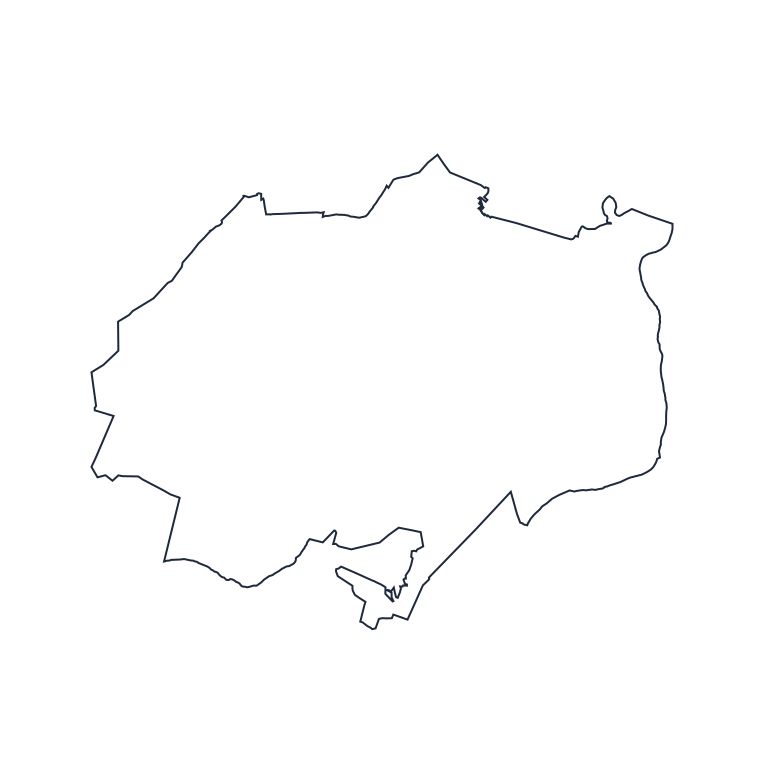 the district of San Fernando, Chiapas, Mexico, rotated 105°
{"feature_id": "50627088B48755105590570", "entity_name": "San Fernando", "entity_type": "district", "adm_level": 2, "iso_a3": "MEX", "parent_name": "Mexico", "parent_adm1": "Chiapas", "projection": "mercator", "projection_center": [-93.215, 16.914], "detail": "fine", "context": "isolated", "style": "outline", "palette": "slate", "viewbox_px": 768, "rotation_deg": 105, "n_neighbors": 0, "source": "geoboundaries", "source_scale": "gbopen_adm2", "svg_char_len": 6153}
<svg xmlns="http://www.w3.org/2000/svg" viewBox="0 0 768 768"><g transform="rotate(105 384 384)"><path d="M612.4,550.5L611.7,549.3L611.1,548.5L610.0,545.4L609.0,544.1L606.3,535.5L605.0,532.3L604.7,530.5L604.5,525.2L604.0,522.6L604.3,521.1L604.2,518.6L604.9,516.8L606.0,507.5L606.8,504.9L607.9,503.1L608.3,501.0L609.0,499.4L609.1,497.0L609.3,495.9L610.7,494.1L611.8,492.2L612.4,490.5L612.4,488.3L614.0,485.6L613.5,483.2L612.2,482.0L612.0,480.2L612.4,477.9L613.4,475.7L613.6,473.7L614.0,472.1L616.0,469.3L616.2,467.5L615.8,465.9L615.8,463.6L614.5,461.1L612.5,457.9L611.8,454.9L607.4,451.2L604.1,449.3L599.4,445.3L597.4,442.2L595.3,440.5L591.9,437.1L589.0,434.8L585.5,431.0L584.4,428.4L582.9,426.9L581.1,425.0L578.8,423.8L576.9,423.6L575.8,423.9L574.6,424.0L573.1,422.7L570.9,421.1L569.1,420.5L567.4,420.1L562.8,418.3L561.6,418.2L559.4,417.3L556.3,417.1L553.1,415.7L552.8,402.1L538.4,394.2L538.4,393.1L540.1,391.6L551.7,391.7L550.9,389.2L552.5,385.7L552.2,372.8L538.3,347.2L528.7,340.5L519.0,332.6L518.1,319.7L517.6,310.2L530.7,304.1L535.4,309.2L537.3,309.6L537.3,311.7L538.3,313.9L543.9,313.0L544.9,311.2L551.4,311.0L557.3,311.4L563.3,313.5L566.3,312.5L566.6,313.7L567.0,313.9L567.6,314.5L568.1,314.5L570.4,312.8L571.4,312.2L571.8,311.3L571.6,310.0L571.7,309.9L572.3,309.9L572.9,309.7L573.6,313.3L574.9,313.7L575.3,316.0L577.5,314.6L578.7,314.8L581.1,314.7L587.0,315.4L586.8,317.1L582.9,319.4L578.1,321.8L581.9,323.3L582.4,324.1L581.9,325.8L582.2,328.2L583.6,322.7L588.1,321.4L591.3,318.7L591.8,319.4L586.3,328.4L582.9,329.2L579.9,330.0L578.4,335.0L577.4,340.9L576.9,342.6L576.9,344.0L574.0,361.7L571.5,378.2L573.9,380.0L575.3,382.3L577.5,381.8L581.6,378.9L587.1,362.2L589.9,361.5L591.8,360.6L595.2,357.6L597.6,350.8L599.2,345.5L602.7,345.7L619.7,345.4L619.8,342.9L622.1,337.5L622.9,333.9L623.8,331.9L622.2,328.9L612.2,328.1L610.7,325.3L609.7,320.8L608.2,315.8L604.3,315.3L605.5,300.3L568.4,294.3L562.2,290.5L560.6,289.8L559.3,290.5L501.1,258.0L455.3,233.6L475.0,222.0L482.7,216.5L482.7,214.1L483.3,213.4L483.5,211.9L483.4,209.1L481.3,208.9L476.2,207.4L471.4,205.2L468.5,203.4L465.1,201.2L461.2,199.5L457.3,196.0L451.5,192.1L446.0,186.3L438.8,177.2L438.6,172.3L437.4,170.2L435.3,165.3L434.8,163.9L434.5,161.7L434.1,160.5L433.2,158.7L432.9,157.6L432.1,156.1L431.6,152.5L431.4,152.0L430.3,150.1L428.4,145.9L427.4,144.8L426.4,144.4L426.1,143.8L425.4,142.2L423.2,139.3L422.2,137.5L417.6,130.4L412.1,123.9L410.3,121.4L409.7,120.1L407.9,117.1L407.2,115.6L406.4,114.4L405.3,112.3L404.2,110.8L400.8,107.0L397.7,104.2L394.8,102.5L391.4,101.4L388.3,100.8L385.6,100.8L383.6,98.4L377.6,101.0L373.6,101.1L370.6,100.9L369.0,101.5L364.1,102.1L358.0,101.2L353.0,101.1L349.5,101.3L348.4,101.6L347.1,101.8L342.3,103.1L337.1,104.3L333.8,104.7L329.6,106.2L328.5,106.8L327.4,107.6L326.4,108.1L324.2,108.7L322.8,109.5L322.0,109.7L319.9,110.8L319.3,111.3L317.5,112.3L315.8,112.8L312.1,114.3L306.9,116.9L306.3,117.4L301.2,119.5L298.2,120.5L294.1,121.4L289.9,121.6L284.9,122.3L284.2,122.7L283.1,123.1L281.6,124.6L279.3,126.5L276.8,127.4L275.3,127.8L274.2,128.2L273.3,129.3L272.1,130.2L269.5,131.5L267.7,131.5L266.9,132.0L264.3,132.4L263.1,132.4L262.2,132.3L260.7,132.4L258.4,132.5L257.3,132.7L256.7,133.0L255.3,133.3L254.0,133.2L252.4,133.4L250.0,134.4L247.1,134.9L246.0,135.6L245.6,136.0L244.6,136.2L243.5,136.9L242.6,137.2L241.5,138.0L240.6,139.2L239.8,139.9L238.7,140.4L238.7,140.6L237.0,143.5L235.9,144.4L231.4,150.6L230.4,151.7L229.0,152.9L228.2,153.4L226.5,155.6L224.7,156.6L223.3,157.9L220.8,159.8L220.1,160.2L219.8,160.2L218.1,161.6L216.4,162.6L214.4,163.3L213.9,163.6L210.2,165.3L208.3,166.3L205.9,167.2L202.0,167.5L199.5,167.5L196.1,167.2L194.7,166.7L191.9,164.4L190.1,162.5L189.3,161.5L188.7,160.2L187.7,158.8L186.5,156.2L184.7,153.9L182.3,151.2L177.1,147.3L175.5,146.6L173.8,146.0L170.9,145.6L166.0,145.4L164.2,145.2L159.9,145.4L154.6,146.8L152.9,172.3L150.8,189.9L154.5,193.6L156.6,196.0L158.9,197.9L160.8,200.2L160.6,202.9L158.7,205.3L156.1,205.7L153.0,205.4L149.1,207.1L145.6,210.6L144.2,214.9L146.4,216.8L149.4,218.2L152.7,219.3L157.1,218.7L160.0,216.9L162.1,215.8L163.5,214.3L164.1,212.1L165.4,211.3L166.5,210.9L168.4,211.0L169.7,210.5L170.2,209.2L169.7,207.6L170.2,205.6L171.3,210.1L175.4,216.4L179.8,220.5L179.9,221.3L181.6,227.0L181.4,229.9L180.9,231.0L180.3,232.5L180.6,233.5L181.7,234.0L186.8,235.2L191.5,234.8L191.4,237.4L194.5,238.6L195.9,240.7L196.0,248.3L194.3,297.9L194.6,323.6L195.8,324.2L194.3,327.4L195.2,327.8L193.9,330.8L194.9,331.0L193.4,333.6L192.9,333.5L192.0,335.1L191.4,335.0L189.9,338.2L188.2,336.8L189.5,334.5L189.2,334.2L187.7,333.6L186.5,335.8L185.0,338.9L183.4,338.5L184.2,336.4L181.4,338.1L180.8,339.4L180.5,339.9L180.3,340.7L179.1,339.9L178.8,339.1L179.3,337.7L181.7,332.9L179.4,331.8L177.4,335.7L174.7,334.1L172.7,333.2L171.2,333.0L168.0,333.8L167.6,336.6L168.6,337.3L166.8,342.1L162.6,375.0L155.9,383.3L148.7,391.7L149.8,392.4L158.8,398.9L170.5,404.8L173.7,410.0L176.6,413.8L181.0,422.9L182.3,425.2L183.9,427.4L184.9,428.0L193.4,430.5L191.8,432.7L196.1,433.5L199.3,434.6L201.6,435.2L205.5,436.8L211.4,438.6L215.4,440.4L216.2,440.2L220.0,441.9L221.1,442.5L223.9,443.4L226.7,445.1L229.0,449.4L229.9,451.3L230.3,456.4L230.9,459.6L230.5,462.6L230.7,463.1L230.9,466.0L232.3,472.0L232.5,473.9L236.0,481.2L236.9,484.2L238.5,486.4L236.2,486.8L233.7,486.7L235.1,489.4L235.5,492.9L239.7,506.5L240.3,508.9L240.7,509.9L246.3,527.4L248.7,535.4L249.8,537.9L249.6,538.2L250.7,541.7L244.1,544.9L237.6,547.7L236.2,548.6L237.9,550.2L232.1,551.9L232.2,554.4L233.1,555.7L234.4,555.5L238.6,562.8L238.4,568.1L238.6,568.3L238.9,567.6L251.1,573.3L263.5,580.5L268.1,583.3L269.5,582.4L270.2,582.3L271.1,582.4L273.2,583.9L275.5,587.1L279.1,589.5L281.1,591.6L281.3,591.2L283.4,592.5L290.2,596.0L295.9,599.4L306.2,603.7L315.8,608.4L318.6,609.9L319.2,610.0L321.3,609.7L323.6,609.7L331.6,612.8L339.2,615.6L342.4,619.1L360.8,628.7L378.7,645.7L383.2,648.0L392.6,657.0L420.6,649.2L438.1,659.9L448.4,669.6L479.8,656.4L482.1,657.3L484.3,656.5L484.9,636.9L530.3,643.4L539.8,645.1L548.3,636.6L544.2,629.4L547.7,621.2L541.0,616.9L540.7,612.8L536.9,597.4L538.6,592.8L543.9,569.2L545.9,561.8L546.8,551.9L612.4,550.5Z" fill="none" stroke="#1e293b" stroke-width="2"/></g></svg>